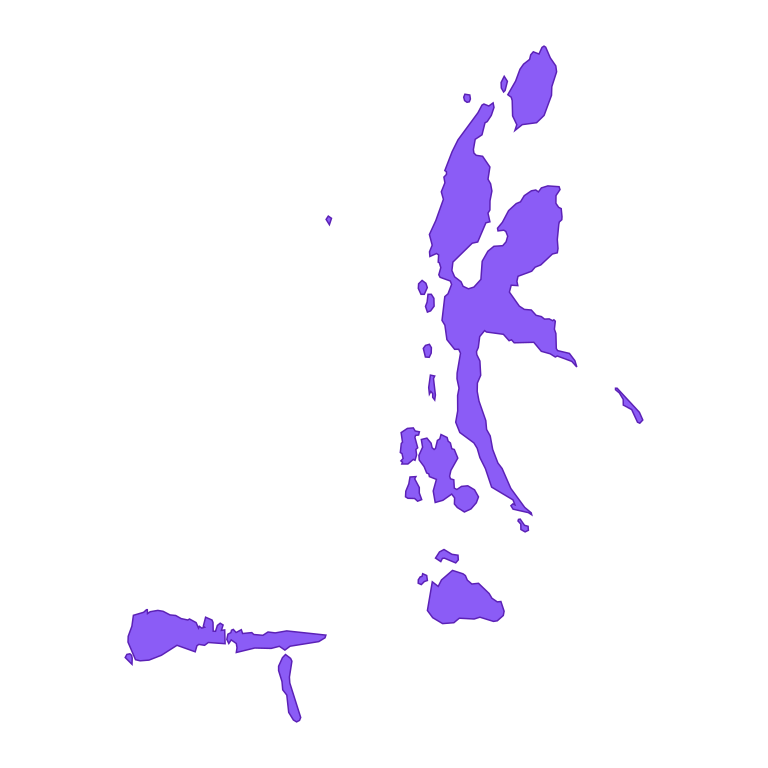 the border of Maluku Utara
{"feature_id": "IDN-538", "entity_name": "Maluku Utara", "entity_type": "Province", "adm_level": 1, "iso_a3": "IDN", "parent_name": "Indonesia", "parent_adm1": "", "projection": "equal_earth", "projection_center": [127.364, 0.08], "detail": "fine", "context": "isolated", "style": "filled", "palette": "violet", "viewbox_px": 768, "rotation_deg": 0, "n_neighbors": 0, "source": "natural_earth", "source_scale": "10m", "svg_char_len": 6110}
<svg xmlns="http://www.w3.org/2000/svg" viewBox="0 0 768 768"><path d="M455.7,422.2L457.7,410.9L457.6,395.6L459.0,388.2L457.0,378.8L457.1,373.1L460.5,353.2L458.7,349.3L454.6,349.3L446.9,339.6L444.9,325.2L442.0,320.4L444.8,296.6L448.0,293.8L451.6,284.4L450.3,281.0L440.1,277.3L438.8,274.8L440.8,267.6L439.3,262.7L438.2,262.2L438.6,254.9L436.5,253.5L429.9,256.5L429.5,251.8L432.2,245.2L429.4,234.5L435.8,220.6L443.4,199.3L441.3,191.8L444.9,182.8L443.9,177.1L446.5,174.3L446.4,171.6L444.8,170.6L452.1,151.7L458.0,139.8L477.9,112.8L482.0,105.1L483.9,104.0L488.8,106.0L493.1,102.9L494.0,107.4L491.3,115.4L487.2,121.6L485.0,122.8L482.0,134.8L475.2,139.3L473.4,149.5L473.9,153.0L476.2,155.3L482.6,156.3L489.9,167.0L488.0,179.2L490.6,183.8L491.9,191.0L490.0,200.8L489.9,210.0L488.0,213.1L489.9,221.8L485.9,222.8L477.7,242.0L472.2,243.2L452.9,262.1L451.9,270.5L454.6,276.8L461.0,281.7L463.1,286.3L468.4,288.8L473.9,287.1L480.9,279.4L482.2,261.2L487.9,251.2L493.9,246.3L502.7,245.7L506.1,241.8L507.7,236.2L505.8,231.4L503.8,230.2L498.0,230.9L497.5,228.2L502.4,222.3L508.6,210.6L516.2,203.6L520.5,201.8L524.3,195.6L531.4,190.8L535.8,190.0L538.4,191.9L541.4,187.9L547.8,185.9L559.1,186.7L560.0,189.6L556.0,195.6L555.9,203.3L558.6,207.3L561.2,208.6L562.0,216.7L561.8,219.7L559.3,222.0L558.8,224.3L557.3,239.6L558.0,248.5L557.3,252.8L552.4,254.0L540.8,264.9L535.1,267.2L531.7,271.2L518.0,276.3L516.9,281.3L517.8,285.6L511.2,285.2L509.4,292.1L519.3,306.1L524.3,309.4L531.3,310.0L536.1,315.3L541.4,316.6L544.5,319.1L549.2,318.9L552.7,320.7L553.9,319.8L555.3,321.2L554.4,329.2L555.9,333.5L556.3,348.6L557.6,350.6L569.4,353.4L574.9,360.7L576.8,367.0L571.8,361.4L557.3,356.0L555.3,357.0L550.2,353.8L541.3,351.3L533.8,342.3L514.2,342.8L511.5,339.8L509.1,340.7L503.4,334.3L486.4,332.0L484.6,330.6L479.7,336.6L478.3,347.5L476.5,351.6L476.8,354.6L479.9,361.0L480.7,375.3L477.4,383.0L477.2,391.4L479.0,401.1L485.8,420.6L486.6,429.5L490.2,435.9L492.7,449.5L497.9,463.0L502.1,468.5L510.8,488.4L524.7,507.4L531.2,512.8L531.7,514.8L528.3,512.6L513.1,509.2L510.9,505.7L512.9,503.9L514.9,504.8L513.0,499.9L491.6,487.1L485.4,468.6L479.9,457.6L477.2,448.3L473.9,442.9L459.8,432.5L455.7,422.2ZM224.7,629.9L225.1,643.7L208.3,642.5L204.6,645.3L198.8,644.4L196.9,645.8L195.2,651.8L177.0,645.3L161.5,655.2L149.0,660.1L140.1,660.8L135.5,659.7L128.0,642.1L128.2,636.3L131.9,626.2L133.4,615.3L143.6,612.3L146.5,609.7L147.3,609.7L147.5,613.6L150.2,611.7L157.8,610.4L163.1,611.3L170.0,614.9L175.7,615.5L181.2,618.6L187.8,620.0L189.5,619.0L196.1,622.6L198.5,628.1L199.3,626.3L201.8,628.1L204.6,627.2L203.3,626.3L205.6,617.2L212.0,620.0L213.0,622.4L213.2,631.2L215.5,631.3L217.4,625.4L220.2,623.2L223.1,625.0L221.4,630.4L224.7,629.9ZM500.9,601.5L504.1,611.2L503.3,615.5L497.3,620.8L493.5,621.4L479.9,617.2L474.2,619.0L459.3,618.2L453.9,622.7L442.6,623.6L432.7,617.7L427.4,610.5L432.3,581.8L438.2,586.4L441.5,579.9L452.5,570.4L463.0,573.8L465.4,575.6L467.3,580.1L471.8,584.0L478.5,583.3L489.2,593.6L491.9,598.2L497.3,601.9L500.9,601.5ZM555.8,65.9L556.6,71.8L551.8,86.7L551.5,95.3L544.1,115.4L536.6,122.7L522.3,124.6L514.9,130.5L516.8,124.7L512.6,115.9L512.2,100.5L511.2,97.2L507.8,94.7L515.6,81.1L520.0,69.2L523.6,64.1L529.6,59.4L530.7,54.8L533.3,51.8L539.0,54.0L542.0,47.4L544.0,46.1L545.7,47.2L550.3,57.9L555.8,65.9ZM474.5,489.8L478.5,496.9L476.3,502.8L471.0,508.9L464.4,512.0L457.3,507.5L454.4,504.0L454.6,497.9L451.7,494.1L442.9,500.3L435.2,502.5L433.2,491.0L436.4,479.4L429.4,476.6L428.8,473.9L426.7,473.0L424.1,466.6L419.2,460.0L418.9,455.4L422.6,447.2L421.3,439.5L426.9,438.1L431.1,443.2L432.1,447.7L434.1,449.5L435.5,448.4L437.4,440.4L439.8,438.9L441.0,434.5L447.1,437.5L448.1,441.1L450.4,443.0L451.8,448.7L454.3,449.5L457.8,458.1L450.9,470.4L449.6,476.2L450.5,478.8L453.8,479.8L454.3,488.1L456.9,489.5L461.5,486.4L467.8,485.8L474.5,489.8ZM286.7,630.9L325.9,635.1L325.0,637.8L318.8,641.6L290.1,646.2L284.9,650.1L279.4,646.3L271.2,648.4L254.8,648.0L236.3,652.5L237.0,647.7L236.3,643.5L231.2,639.9L228.8,643.5L226.8,639.4L227.9,634.2L230.9,632.6L231.5,630.2L233.3,629.4L236.1,632.5L241.3,629.7L242.6,633.5L251.8,632.6L253.8,634.5L262.9,635.3L268.0,632.0L275.2,632.9L286.7,630.9ZM289.8,683.0L300.7,717.5L299.5,720.4L296.6,721.9L293.4,720.0L288.7,712.4L286.8,695.1L282.7,689.8L282.0,681.6L278.6,670.6L278.6,666.2L282.5,657.6L285.5,654.5L290.6,658.4L291.9,661.2L289.4,677.1L289.8,683.0ZM413.3,459.4L407.9,464.0L401.8,464.0L402.5,462.2L400.9,460.9L403.1,458.5L402.0,453.6L400.3,452.5L401.3,443.4L402.5,442.2L401.1,432.6L407.4,428.4L413.3,427.9L415.2,431.0L419.4,431.8L418.6,435.0L415.6,435.4L414.9,437.3L417.7,447.8L415.9,449.4L416.6,454.9L415.0,460.3L413.3,459.4ZM419.3,493.0L421.7,499.6L417.6,501.2L414.6,498.5L407.9,498.3L405.5,496.8L405.8,491.2L408.8,483.9L410.0,477.0L415.9,476.6L414.7,478.9L419.3,487.5L419.3,493.0ZM639.4,412.3L642.8,420.0L639.8,423.2L637.5,422.2L631.7,409.6L623.3,405.1L623.2,399.4L619.4,393.0L615.5,389.7L615.5,388.2L617.1,388.2L639.4,412.3ZM458.0,555.2L458.3,559.9L455.7,562.9L444.5,558.2L442.4,558.4L440.8,561.6L435.5,558.1L439.5,551.9L444.0,549.5L451.9,554.3L458.0,555.2ZM427.4,312.1L425.5,306.4L427.1,302.1L428.0,294.3L431.3,294.3L433.9,298.3L434.1,306.2L430.6,310.9L427.4,312.1ZM435.4,395.0L434.7,400.0L432.7,397.3L432.7,393.6L430.8,391.4L429.4,394.1L428.7,387.5L430.4,375.1L434.7,376.0L433.5,378.6L435.4,395.0ZM427.3,287.6L424.3,294.3L421.0,294.3L418.3,288.4L418.6,283.8L422.1,280.4L425.9,283.3L427.3,287.6ZM429.4,344.3L431.4,347.7L431.2,353.1L429.2,357.3L425.4,357.0L423.3,348.4L425.5,345.4L429.4,344.3ZM507.4,81.3L505.1,90.5L503.6,92.0L501.3,88.0L501.1,82.5L504.2,76.3L507.4,81.3ZM426.7,575.5L427.4,580.5L424.4,581.5L421.3,584.6L418.2,583.2L418.3,579.8L420.2,576.9L422.0,576.4L422.7,573.7L426.7,575.5ZM524.5,525.3L528.1,526.3L528.4,530.3L525.1,531.9L520.9,529.5L520.8,524.1L518.0,521.0L518.5,519.4L520.2,519.1L524.5,525.3ZM129.9,653.8L131.6,655.4L132.2,658.2L132.0,664.3L125.2,657.5L126.9,654.4L129.9,653.8ZM464.9,94.2L469.8,95.0L470.4,99.0L469.3,101.8L467.0,102.3L464.6,100.6L463.7,97.2L464.9,94.2ZM328.3,216.1L331.5,218.3L329.4,224.7L326.1,219.4L328.3,216.1Z" fill="#8b5cf6" stroke="#5b21b6" stroke-width="1.5"/></svg>